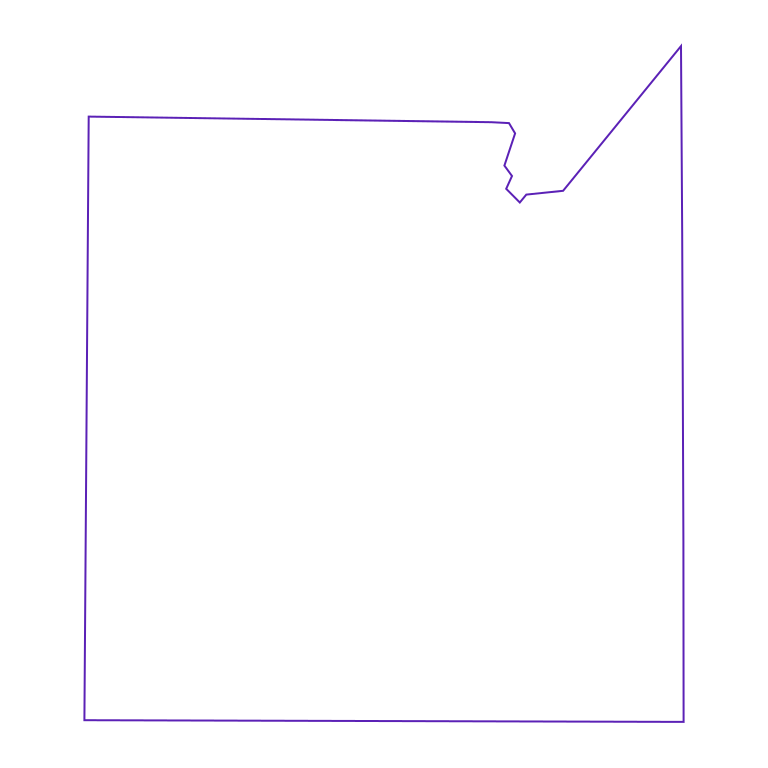 Medina, Texas, United States of America (orthographic projection)
{"feature_id": "52423323B50387422534954", "entity_name": "Medina", "entity_type": "district", "adm_level": 2, "iso_a3": "USA", "parent_name": "United States of America", "parent_adm1": "Texas", "projection": "orthographic", "projection_center": [-98.977, 29.391], "detail": "fine", "context": "isolated", "style": "outline", "palette": "violet", "viewbox_px": 768, "rotation_deg": 0, "n_neighbors": 0, "source": "geoboundaries", "source_scale": "gbopen_adm2", "svg_char_len": 316}
<svg xmlns="http://www.w3.org/2000/svg" viewBox="0 0 768 768"><path d="M683.6,721.9L683.4,541.5L682.2,235.2L681.0,46.1L563.1,190.8L526.3,194.6L519.8,202.5L506.2,188.8L512.0,176.0L504.4,165.6L515.1,133.4L509.0,123.1L491.4,122.2L88.7,116.6L84.4,720.2L683.6,721.9Z" fill="none" stroke="#5b21b6" stroke-width="2"/></svg>